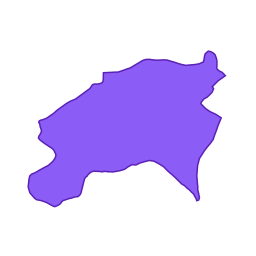 the district of Matagi, Tuvalu, rotated 284°
{"feature_id": "33948139B17363749661168", "entity_name": "Matagi", "entity_type": "district", "adm_level": 2, "iso_a3": "TUV", "parent_name": "Tuvalu", "parent_adm1": "", "projection": "natural_earth1", "projection_center": [178.689, -7.484], "detail": "fine", "context": "isolated", "style": "filled", "palette": "violet", "viewbox_px": 256, "rotation_deg": 284, "n_neighbors": 0, "source": "geoboundaries", "source_scale": "gbopen_adm2", "svg_char_len": 2344}
<svg xmlns="http://www.w3.org/2000/svg" viewBox="0 0 256 256"><g transform="rotate(284 128 128)"><path d="M160.4,216.0L162.5,210.0L163.7,203.8L165.5,198.9L167.4,195.6L169.4,192.6L171.8,193.3L174.8,194.8L177.0,197.3L180.3,199.4L182.9,200.9L186.2,201.5L187.1,201.4L188.4,199.7L195.7,204.1L202.3,209.8L204.7,206.1L205.4,203.0L206.4,200.7L207.6,199.5L209.3,199.4L211.5,198.8L215.1,197.9L217.6,196.5L220.1,194.8L221.3,192.8L222.1,189.8L222.0,187.3L220.2,185.9L218.4,184.9L215.8,184.9L212.5,185.2L210.3,185.1L207.6,181.7L205.8,177.7L202.8,169.0L202.6,164.9L202.7,161.2L203.1,156.8L203.2,152.6L203.4,149.3L202.7,146.0L201.0,140.4L200.2,136.4L199.8,132.0L198.6,128.2L197.0,125.8L192.4,121.2L186.9,115.7L185.3,113.1L183.5,110.5L182.3,108.7L179.9,104.9L178.8,101.0L177.6,97.2L175.7,90.8L174.1,91.1L170.7,91.9L167.7,92.5L165.8,92.0L164.5,90.4L163.2,87.7L162.4,84.4L161.3,83.0L157.1,81.5L154.5,79.3L143.3,70.0L140.3,65.9L137.0,62.4L133.4,59.4L128.1,54.9L124.1,52.2L117.6,46.4L115.9,44.0L114.5,41.5L113.5,40.2L111.9,40.0L111.3,40.7L110.2,41.5L107.6,42.7L105.7,44.0L103.8,44.9L102.1,44.5L100.3,44.2L98.6,43.5L96.4,43.6L95.2,45.3L94.1,47.7L92.9,50.6L91.6,54.2L90.6,57.0L90.0,59.0L88.5,61.5L87.2,62.5L85.8,63.7L84.0,64.7L81.4,64.6L77.7,63.3L72.6,59.9L69.3,56.2L65.6,52.2L62.4,49.0L59.8,45.5L57.7,44.3L54.5,44.3L46.6,45.4L41.4,48.5L37.4,54.1L36.3,56.6L36.5,60.0L36.5,62.1L36.3,64.6L35.9,67.4L34.9,71.0L34.2,73.7L33.9,75.9L35.7,78.4L37.6,80.3L41.7,82.3L45.6,88.5L46.4,90.3L47.9,92.4L48.7,94.2L49.2,95.9L50.7,97.1L52.4,97.9L52.6,97.9L54.0,98.1L56.0,98.1L57.9,98.1L60.0,98.1L62.4,98.1L65.1,98.1L68.4,98.2L70.2,98.9L71.4,100.0L72.4,100.2L74.5,101.4L76.5,103.0L77.8,105.1L78.0,106.1L79.0,111.2L79.2,113.5L80.2,115.6L80.5,117.2L80.7,119.2L81.4,121.9L81.5,123.4L83.8,128.7L84.6,130.4L85.5,132.1L86.8,134.1L88.0,135.6L89.3,136.5L90.6,137.7L91.9,139.1L93.1,140.5L93.4,140.6L94.0,144.6L96.7,147.8L99.0,151.6L101.6,156.4L102.1,161.0L101.3,164.3L100.8,166.5L99.1,171.8L95.6,177.5L93.6,181.6L91.6,185.4L88.9,189.9L86.6,193.8L85.8,196.7L83.8,200.2L82.9,202.4L81.1,205.2L79.8,207.6L77.6,209.5L76.3,210.9L74.1,212.3L75.2,214.0L77.7,214.2L81.7,212.3L85.0,210.6L88.2,209.8L90.3,209.0L98.4,206.3L108.5,204.6L115.7,204.7L124.6,207.7L129.1,209.7L132.9,211.6L137.4,213.4L141.6,213.7L146.7,214.3L152.4,214.8L160.4,216.0Z" fill="#8b5cf6" stroke="#5b21b6" stroke-width="1.5"/></g></svg>